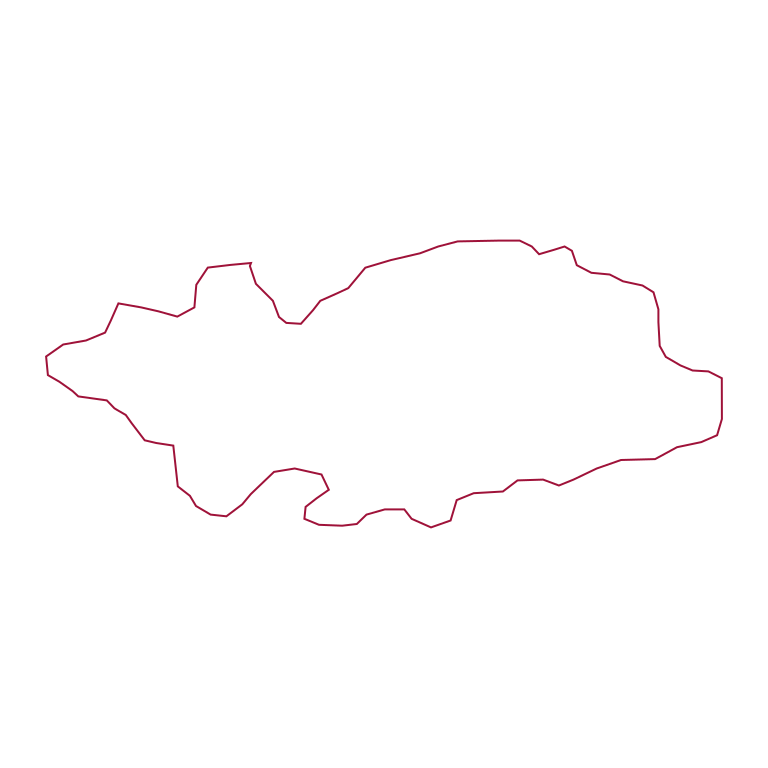 Hylte, Halland, Sweden
{"feature_id": "70781695B16577787693192", "entity_name": "Hylte", "entity_type": "district", "adm_level": 2, "iso_a3": "SWE", "parent_name": "Sweden", "parent_adm1": "Halland", "projection": "robinson", "projection_center": [13.281, 56.995], "detail": "fine", "context": "isolated", "style": "outline", "palette": "rose", "viewbox_px": 768, "rotation_deg": 0, "n_neighbors": 0, "source": "geoboundaries", "source_scale": "gbopen_adm2", "svg_char_len": 1344}
<svg xmlns="http://www.w3.org/2000/svg" viewBox="0 0 768 768"><path d="M431.0,527.4L450.6,520.5L456.7,500.1L473.7,493.2L502.9,491.5L517.5,480.4L543.1,479.6L558.9,485.5L573.5,479.6L596.7,468.5L621.0,460.0L655.1,459.1L677.0,447.2L701.3,442.1L717.1,435.2L721.9,419.0L721.8,378.2L717.1,375.8L708.4,371.4L692.6,370.5L680.4,365.4L665.8,356.9L659.7,345.9L658.4,322.1L658.4,309.3L653.5,292.3L642.5,285.5L623.0,281.3L609.7,274.5L591.4,272.8L576.8,265.2L571.9,250.8L564.6,246.5L553.7,249.9L539.1,254.2L531.8,246.5L519.7,240.6L499.0,240.6L457.7,241.4L438.2,246.5L420.0,253.3L390.8,260.1L365.3,267.7L348.3,288.1L337.4,293.2L320.3,300.8L313.0,310.2L300.9,323.8L286.3,322.9L279.0,317.0L272.9,300.8L255.9,283.8L249.9,266.0L251.0,263.0L230.6,264.9L207.8,267.6L196.3,284.8L194.4,307.4L177.3,316.6L158.3,311.3L141.2,307.4L118.4,303.4L110.8,320.6L105.1,332.6L86.0,340.5L63.2,344.5L46.1,356.5L47.9,375.1L59.3,381.7L72.6,391.1L78.3,396.4L106.8,400.4L114.4,408.3L117.2,410.0L125.8,415.0L131.5,423.0L144.7,440.3L156.2,443.0L173.3,445.6L177.8,486.4L189.9,495.8L196.0,506.0L210.6,514.6L226.4,516.3L242.3,504.3L250.8,494.1L260.6,484.7L274.0,471.9L294.7,468.5L321.5,474.5L328.8,489.8L316.6,498.3L305.6,506.9L304.4,518.8L319.0,524.8L342.2,525.7L356.8,524.0L366.5,514.6L384.8,509.4L404.3,509.4L411.6,518.8L431.0,527.4Z" fill="none" stroke="#9f1239" stroke-width="2"/></svg>